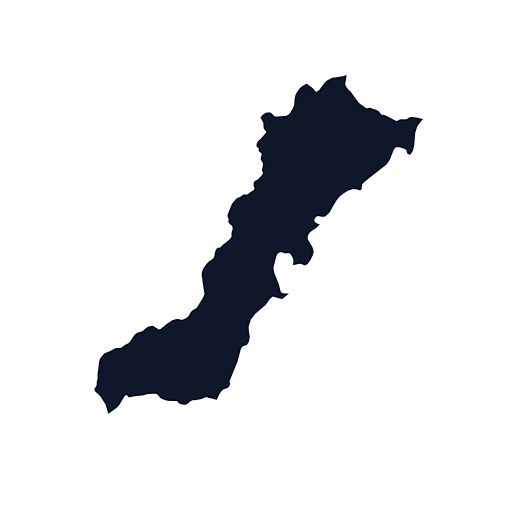 the border of Chumphon, rotated 22°
{"feature_id": "THA-375", "entity_name": "Chumphon", "entity_type": "Province", "adm_level": 1, "iso_a3": "THA", "parent_name": "Thailand", "parent_adm1": "", "projection": "natural_earth1", "projection_center": [99.017, 10.32], "detail": "fine", "context": "isolated", "style": "filled", "palette": "ink", "viewbox_px": 512, "rotation_deg": 22, "n_neighbors": 0, "source": "natural_earth", "source_scale": "10m", "svg_char_len": 5094}
<svg xmlns="http://www.w3.org/2000/svg" viewBox="0 0 512 512"><g transform="rotate(22 256 256)"><path d="M251.2,81.8L253.2,78.4L255.4,70.0L256.4,67.5L260.3,62.9L269.9,57.3L271.7,55.6L272.5,58.1L273.4,63.1L274.0,64.1L274.9,65.3L278.2,67.4L282.1,69.0L292.2,75.3L294.5,76.4L296.7,77.1L298.4,77.3L301.6,78.2L303.2,78.3L304.4,78.0L305.6,76.9L306.4,76.6L312.3,76.2L315.0,76.5L316.6,77.2L318.1,78.3L319.2,78.6L320.1,78.6L321.0,78.3L321.9,78.0L323.6,77.9L334.7,79.0L336.4,78.8L337.1,78.2L338.1,76.8L339.3,75.7L340.9,75.0L341.9,74.8L343.4,74.1L344.8,73.3L345.4,72.7L346.0,71.9L346.4,71.2L346.9,70.6L347.5,70.0L348.3,69.6L349.1,69.2L351.6,68.7L352.6,68.3L358.5,67.4L357.3,70.7L356.2,75.6L356.7,82.1L360.4,93.8L361.3,99.6L360.4,103.8L358.4,103.7L356.7,101.7L356.2,100.5L351.7,100.3L348.4,100.7L346.1,101.3L344.1,102.7L343.2,105.3L343.2,116.7L342.1,121.8L327.8,146.8L326.9,149.3L327.4,152.3L328.2,154.2L327.6,155.4L324.4,155.7L320.2,157.1L316.3,160.4L313.0,164.9L310.4,169.4L308.9,175.0L307.0,188.4L304.6,193.1L302.0,194.3L299.0,194.8L296.6,196.1L295.6,199.8L296.1,201.9L297.6,203.1L299.8,203.7L302.2,203.6L300.5,207.4L298.3,210.4L296.4,213.6L295.6,217.9L297.1,221.6L304.5,227.2L307.1,230.5L307.6,234.0L307.3,239.1L306.2,243.7L304.6,245.7L301.2,245.7L299.4,246.0L294.1,249.5L293.2,245.9L291.5,243.5L289.0,241.6L285.9,239.8L282.2,241.8L279.1,242.1L276.5,242.7L274.3,245.7L274.2,248.8L275.9,260.9L278.5,265.1L287.4,274.4L291.8,280.5L294.5,281.4L299.0,279.9L295.9,285.5L286.2,286.6L284.1,290.6L282.7,297.2L276.3,309.5L274.3,316.5L274.8,324.2L277.1,329.2L279.7,333.3L280.8,338.2L280.1,341.5L276.7,344.4L276.0,347.9L277.6,360.2L277.6,382.2L277.9,383.0L278.7,383.8L279.3,385.0L279.2,387.0L278.3,388.6L275.3,391.3L274.3,392.9L273.5,395.7L273.0,398.3L272.7,403.5L268.8,403.8L265.2,404.6L263.3,404.5L262.5,404.7L261.5,405.3L258.6,408.4L253.6,411.6L251.0,412.7L249.1,414.7L248.4,415.9L247.4,417.9L246.5,419.3L245.4,419.9L244.0,420.4L241.1,420.8L239.6,420.6L238.7,420.1L238.2,419.6L237.8,419.4L237.1,419.3L228.9,422.4L226.4,422.9L222.4,423.0L221.4,422.8L220.5,422.6L219.7,422.3L217.5,421.0L216.7,420.6L215.8,420.5L214.5,420.6L211.3,421.8L207.0,423.9L202.8,427.0L199.2,429.0L197.6,429.6L195.4,431.1L194.7,431.4L191.9,433.4L191.2,433.7L190.5,433.8L189.9,433.4L189.3,432.9L188.6,432.6L187.8,432.5L186.8,433.4L185.9,435.1L184.4,444.8L183.2,448.2L178.1,456.4L172.7,449.5L164.9,444.0L162.3,442.7L158.1,441.2L157.2,440.5L156.7,439.5L156.9,438.6L157.2,437.8L157.4,436.7L157.4,435.4L156.3,432.3L156.1,431.0L156.1,429.9L155.8,428.8L155.4,427.7L154.1,425.0L153.8,423.9L153.6,422.9L152.6,418.6L151.1,413.7L150.7,411.2L150.7,409.4L152.0,404.9L152.4,404.1L152.9,403.4L154.0,402.1L156.4,399.8L157.5,398.6L158.0,397.9L160.8,394.7L161.5,394.2L162.3,393.8L163.1,393.5L164.0,393.3L164.7,392.9L165.5,392.5L166.1,391.9L167.9,388.8L168.3,388.2L171.1,385.0L171.7,383.6L172.3,381.6L173.1,377.3L173.6,375.1L174.2,373.7L175.2,372.3L175.8,371.7L176.5,371.2L177.2,370.8L179.0,369.0L180.0,367.7L182.1,363.8L183.1,362.4L183.8,361.9L185.9,360.5L186.7,360.2L187.4,360.1L188.2,360.3L188.8,360.6L189.6,360.8L191.4,360.9L193.3,361.4L194.3,360.9L195.6,359.8L199.3,352.8L201.3,350.2L202.1,348.6L202.6,347.9L203.3,347.3L205.7,345.2L206.0,345.0L207.3,344.4L211.1,343.8L211.9,343.5L214.9,340.5L216.3,338.2L216.9,336.2L217.2,333.3L217.6,331.8L218.2,330.5L220.6,327.5L221.2,326.1L223.2,315.0L223.3,312.2L223.2,310.3L216.5,299.1L215.7,297.5L214.3,295.2L213.2,292.9L212.8,291.7L212.6,290.3L212.5,287.4L213.9,281.7L214.6,280.2L215.2,279.0L215.7,278.3L217.1,276.1L218.2,273.8L218.3,272.4L218.2,271.3L217.4,268.5L217.3,265.5L217.5,264.0L218.2,263.1L219.1,262.8L219.9,262.3L220.5,261.4L222.2,257.5L224.7,253.4L226.2,250.3L226.7,248.4L226.7,247.0L226.5,246.0L226.0,245.2L225.2,242.9L225.1,240.8L225.0,239.4L224.5,238.4L224.0,237.7L223.6,236.9L223.0,236.4L220.3,235.6L219.5,235.2L218.6,234.8L218.1,234.0L217.8,232.7L217.5,231.6L216.9,230.9L215.7,229.9L215.3,229.1L215.0,228.1L214.9,227.1L214.9,218.2L215.1,216.2L215.5,214.7L215.9,213.7L217.0,210.4L217.4,209.9L217.7,209.5L219.5,208.0L220.0,207.4L221.4,204.9L221.9,204.4L222.5,203.9L225.0,203.1L225.6,202.6L226.2,201.8L227.9,198.7L230.1,195.8L230.2,194.7L230.1,193.8L229.6,193.0L228.3,191.6L227.8,190.6L227.2,188.9L227.3,187.8L227.7,186.9L228.3,186.4L229.3,185.2L230.3,183.4L231.8,179.4L232.2,177.3L232.1,175.9L230.7,174.6L230.0,173.6L229.2,169.1L228.8,167.8L227.8,166.4L227.2,165.9L225.7,165.0L225.0,164.4L224.6,163.7L224.3,162.8L224.1,159.6L223.7,158.8L223.1,158.2L221.4,157.6L220.5,157.4L219.8,157.0L219.3,156.3L219.1,155.3L218.8,154.5L218.3,154.0L216.8,154.1L216.1,153.7L215.4,152.0L215.4,150.8L215.5,149.6L215.8,148.6L216.2,147.7L217.0,146.2L219.8,138.3L219.8,137.0L219.4,136.2L217.0,135.1L216.3,134.6L215.8,134.0L215.3,133.1L214.3,130.7L213.3,129.1L209.1,125.6L210.2,122.5L212.2,119.9L215.4,118.3L217.6,118.9L219.7,120.1L222.2,120.2L230.8,115.9L231.9,115.6L233.7,113.3L234.7,111.1L235.6,105.5L235.6,101.4L233.7,95.7L233.1,92.3L233.3,89.4L233.9,86.4L234.8,83.5L236.2,81.1L238.4,78.4L239.3,78.0L240.6,78.8L243.6,79.3L246.3,80.2L248.8,81.8L251.2,81.8Z" fill="#0f172a" stroke="#020617" stroke-width="1.5"/></g></svg>